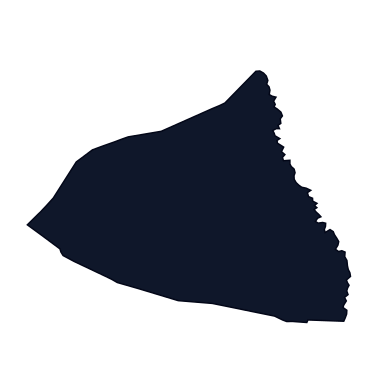 Canarana, Bahia, Brazil, rotated 93°
{"feature_id": "56859067B18053238109826", "entity_name": "Canarana", "entity_type": "district", "adm_level": 2, "iso_a3": "BRA", "parent_name": "Brazil", "parent_adm1": "Bahia", "projection": "robinson", "projection_center": [-41.717, -11.766], "detail": "fine", "context": "isolated", "style": "filled", "palette": "ink", "viewbox_px": 384, "rotation_deg": 93, "n_neighbors": 0, "source": "geoboundaries", "source_scale": "gbopen_adm2", "svg_char_len": 1687}
<svg xmlns="http://www.w3.org/2000/svg" viewBox="0 0 384 384"><g transform="rotate(93 192 192)"><path d="M286.3,30.8L282.7,32.3L279.7,31.6L276.9,30.3L274.7,31.9L271.8,33.2L268.0,29.3L264.4,30.1L261.2,31.9L257.6,32.9L252.3,33.7L248.6,36.1L244.0,36.0L242.8,39.3L243.8,42.5L241.7,45.8L237.4,43.5L233.9,42.9L230.9,44.8L227.2,47.5L224.2,48.9L222.3,52.2L225.5,56.9L222.5,57.9L219.3,56.9L216.2,56.9L215.6,59.9L216.5,64.4L214.9,67.2L211.6,65.2L210.0,62.0L207.7,64.3L205.6,66.9L203.1,69.2L201.1,66.5L199.1,69.0L196.8,66.6L194.8,71.0L191.9,71.3L190.5,75.4L186.6,76.7L184.1,73.5L182.2,78.2L181.5,82.7L179.6,85.7L177.2,88.5L174.0,90.6L170.4,91.0L167.4,90.1L163.8,91.2L161.4,94.2L158.9,95.7L155.2,95.9L156.0,102.3L152.7,103.5L149.8,101.2L147.0,104.8L142.4,102.8L140.9,105.4L138.8,109.2L136.1,109.8L134.1,107.1L131.5,112.1L129.0,113.0L126.4,114.6L124.3,111.2L124.2,108.0L120.9,109.6L118.8,106.9L114.3,107.7L111.3,105.7L107.6,107.4L104.6,111.3L102.8,114.5L100.1,113.5L97.0,115.3L92.9,113.1L92.1,117.1L90.6,120.0L86.2,119.5L82.9,120.6L80.5,123.1L76.6,122.1L72.3,123.9L69.5,126.8L67.6,130.6L68.1,134.5L101.4,163.8L104.2,168.9L107.7,176.2L133.0,225.9L140.3,258.6L141.9,262.5L143.3,265.8L145.9,271.7L150.6,283.1L155.1,293.6L163.8,304.0L168.0,309.1L205.3,330.2L213.9,337.2L217.5,340.3L219.7,342.1L222.1,344.4L233.4,354.7L242.8,340.3L255.7,320.9L258.9,319.7L262.2,317.4L267.5,306.1L280.7,274.0L283.4,267.6L286.3,261.9L291.3,240.3L301.2,200.1L302.2,165.9L306.2,138.9L307.3,131.9L311.6,103.0L315.1,94.7L316.4,90.6L316.0,85.0L316.3,70.5L313.7,69.5L313.1,33.7L309.7,32.4L305.8,31.2L302.0,31.2L299.4,35.2L296.8,34.5L292.7,32.2L289.3,34.2L286.3,30.8Z" fill="#0f172a" stroke="#020617" stroke-width="1.5"/></g></svg>